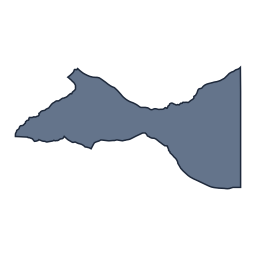 Dadaab, North-Eastern, Kenya (Albers equal-area conic projection)
{"feature_id": "3690345B19935861804031", "entity_name": "Dadaab", "entity_type": "district", "adm_level": 2, "iso_a3": "KEN", "parent_name": "Kenya", "parent_adm1": "North-Eastern", "projection": "albers", "projection_center": [40.106, 0.062], "detail": "fine", "context": "isolated", "style": "filled", "palette": "slate", "viewbox_px": 256, "rotation_deg": 0, "n_neighbors": 0, "source": "geoboundaries", "source_scale": "gbopen_adm2", "svg_char_len": 5736}
<svg xmlns="http://www.w3.org/2000/svg" viewBox="0 0 256 256"><path d="M91.1,148.8L93.4,144.4L94.3,142.9L94.7,142.6L96.4,141.8L98.3,141.2L99.4,140.8L100.5,140.1L100.8,140.0L101.2,140.0L102.6,140.1L107.5,140.7L108.6,140.8L109.3,140.8L112.9,140.5L114.5,140.5L116.4,140.0L116.9,139.9L121.0,140.6L122.5,140.8L124.6,140.3L125.8,140.1L126.3,139.9L128.3,139.6L129.5,139.3L130.3,139.0L132.5,137.9L136.0,136.1L142.6,133.0L143.0,133.0L143.4,133.0L144.5,133.0L145.0,133.0L145.4,133.1L146.1,133.8L146.5,134.3L147.2,135.4L147.3,135.8L147.5,136.0L147.9,136.1L148.3,136.4L148.7,136.6L149.1,136.6L149.3,136.8L149.6,137.1L149.9,137.3L151.0,137.8L151.9,138.1L154.3,138.3L154.8,138.5L155.2,138.7L156.0,139.1L157.7,140.4L159.1,141.6L160.9,142.9L162.3,144.0L164.9,145.8L166.0,145.7L166.5,145.9L166.9,145.9L167.4,146.1L167.5,146.9L167.7,147.2L167.9,147.7L168.6,149.4L168.6,150.3L168.8,150.6L169.9,151.8L170.0,152.7L172.7,155.3L173.1,155.8L173.3,156.1L173.9,156.8L174.2,157.1L174.6,157.5L175.0,157.8L175.2,158.0L176.0,158.9L176.6,159.8L177.1,160.7L177.6,161.8L177.7,162.4L177.9,163.4L178.5,164.4L179.5,166.1L180.7,168.2L181.0,168.7L181.7,169.2L181.9,169.6L183.5,171.3L188.0,175.4L190.2,177.0L193.7,178.9L201.9,182.7L207.8,185.5L209.6,186.3L211.5,187.0L213.8,187.5L214.5,187.6L218.8,188.1L224.4,188.4L225.8,188.6L227.7,188.7L228.5,188.6L229.4,188.5L232.9,187.4L240.6,187.4L240.6,91.6L240.4,67.3L239.6,68.1L238.5,68.9L238.0,69.1L236.2,69.7L235.7,69.9L234.5,70.7L234.0,71.1L233.4,71.5L231.8,72.0L231.4,72.2L229.5,73.3L229.1,73.6L227.5,75.3L224.4,78.3L220.2,80.6L219.5,80.8L218.4,81.2L217.7,81.4L217.1,81.6L214.2,82.1L212.5,82.6L208.2,83.7L207.2,84.0L206.6,84.2L204.8,85.1L203.9,85.8L203.1,86.5L201.8,88.1L201.5,88.3L200.9,88.4L199.9,88.6L199.5,88.7L199.1,88.8L198.8,89.0L198.4,89.4L198.1,89.8L197.6,91.0L197.3,92.0L196.9,93.1L195.6,95.3L195.3,95.6L194.5,96.0L194.3,96.1L193.9,96.4L193.8,96.8L193.9,97.8L193.8,98.2L193.6,98.5L192.7,99.3L191.1,100.3L190.0,101.1L188.6,102.3L188.2,102.5L187.8,102.5L187.2,102.3L186.5,102.3L185.6,102.3L184.2,102.4L183.4,102.3L182.9,102.3L182.5,102.7L182.2,103.2L181.9,103.3L181.7,103.4L181.3,103.3L180.9,103.2L180.5,103.4L180.2,103.7L179.6,104.4L179.3,104.8L179.0,104.9L177.7,104.5L177.1,104.8L176.7,104.9L176.1,104.9L175.7,104.8L175.3,104.6L174.7,104.2L174.2,104.1L173.6,103.9L173.3,103.6L172.4,103.2L172.0,103.1L171.5,103.1L171.0,103.2L170.5,103.4L169.8,103.8L169.6,104.1L169.5,104.4L169.4,104.8L169.2,105.1L169.0,105.4L168.3,105.8L168.1,106.0L167.6,107.3L167.4,107.8L167.2,108.1L167.0,108.3L166.7,108.3L166.4,108.2L165.9,107.7L165.5,107.6L165.1,107.7L164.9,107.9L163.7,108.9L163.3,109.1L162.4,109.3L160.2,109.3L159.7,109.4L158.9,109.4L158.3,109.4L156.1,108.8L155.0,108.7L153.9,108.9L153.1,109.3L152.2,109.6L151.8,109.7L151.3,109.7L150.9,109.6L150.4,109.5L149.3,108.8L148.8,108.4L148.3,108.1L147.6,107.8L145.8,107.5L145.1,107.4L143.6,107.4L141.0,107.4L140.6,107.3L140.1,107.1L139.3,106.6L137.3,105.1L135.8,104.2L133.0,102.8L131.3,102.2L129.8,101.6L128.1,100.7L126.2,99.5L125.3,98.8L123.5,97.3L122.4,96.2L120.9,94.4L120.1,93.5L117.9,91.0L116.7,89.8L115.0,88.2L114.4,87.7L113.8,87.4L112.2,86.8L110.2,85.7L107.9,84.1L105.4,82.1L101.5,79.3L99.3,77.9L98.6,77.7L97.8,77.5L97.1,77.4L94.5,77.3L93.1,77.2L92.6,77.1L91.4,76.8L89.8,76.4L87.4,75.4L86.2,74.8L84.8,74.1L83.4,73.3L82.1,72.4L79.7,70.5L77.6,68.5L77.3,68.8L77.1,69.5L76.8,69.6L76.5,69.7L76.1,69.7L75.2,69.5L74.9,69.4L74.6,69.6L74.3,69.8L74.2,70.2L73.9,71.0L73.7,71.6L72.9,72.7L72.5,73.1L70.3,75.2L67.8,77.2L69.6,78.6L70.2,79.3L71.2,80.0L72.5,81.5L73.6,82.3L74.2,83.1L74.7,83.9L75.2,84.7L75.5,85.6L75.5,87.0L75.5,89.1L74.7,90.2L72.4,92.2L72.2,92.6L71.7,93.8L71.3,93.8L71.0,93.6L70.5,93.6L70.2,93.8L69.7,94.3L68.4,95.3L67.5,96.3L66.3,97.1L65.3,97.5L64.9,97.6L64.2,98.0L63.7,98.1L62.9,98.2L62.4,98.3L62.1,98.5L58.8,100.8L58.5,100.9L58.1,100.9L56.7,100.9L56.3,101.0L55.8,101.2L55.1,101.7L54.2,102.4L53.8,102.6L53.4,102.8L52.9,103.1L52.5,103.4L52.1,103.8L51.6,104.2L48.8,107.9L48.4,108.2L47.4,108.5L46.4,109.1L45.8,109.4L45.4,109.8L44.8,110.3L43.9,110.5L42.8,110.7L42.1,110.9L41.4,111.2L40.7,111.7L40.4,112.1L40.0,112.7L39.7,112.9L39.1,113.2L38.9,113.4L38.9,113.7L39.2,114.8L39.0,115.1L38.6,115.4L38.4,115.8L38.2,116.0L37.8,116.2L37.2,116.2L36.9,116.4L35.5,117.0L35.1,117.0L34.4,116.9L33.5,116.9L33.2,117.0L32.6,117.4L31.9,117.5L31.3,117.5L30.1,117.5L29.4,117.5L29.3,117.8L29.0,118.2L28.9,118.5L28.8,119.7L28.6,120.0L28.3,120.2L27.4,120.3L27.1,120.4L26.8,120.6L26.3,121.2L26.0,121.4L25.6,121.7L25.5,122.1L25.3,123.2L24.6,123.7L24.2,124.3L23.5,124.9L23.2,125.2L22.5,125.5L22.0,125.6L21.0,125.7L20.6,125.8L20.2,126.1L19.8,126.6L19.5,127.1L19.2,128.1L19.0,128.6L18.6,129.1L17.0,130.2L16.7,130.6L16.6,130.9L16.4,131.9L16.1,132.5L15.8,132.9L15.6,133.3L15.5,133.7L15.4,134.9L15.4,136.5L18.2,136.6L27.4,137.1L27.6,137.1L27.9,137.5L28.9,137.7L29.5,137.7L32.4,138.8L34.4,141.3L34.9,141.3L35.4,141.2L35.8,141.2L37.1,140.9L37.3,140.7L37.8,140.6L38.1,140.5L38.4,140.1L38.5,140.0L38.9,140.0L39.0,139.7L39.6,140.0L40.5,140.3L41.9,140.9L42.6,141.1L43.8,141.3L44.9,141.3L46.2,141.9L46.9,142.0L51.4,141.2L52.5,141.0L52.9,140.9L53.3,140.7L53.8,140.3L54.1,140.4L54.7,140.7L55.2,140.8L56.3,140.6L57.3,140.6L57.8,140.5L58.1,140.4L58.5,140.2L60.0,139.2L60.3,139.0L61.3,138.8L61.8,138.8L62.2,138.7L62.8,138.4L63.0,138.2L63.6,137.5L64.2,136.4L64.7,136.9L65.6,137.6L66.2,138.2L66.6,138.6L67.2,139.1L68.2,139.9L68.9,140.3L69.4,140.6L71.0,141.5L71.4,141.8L71.6,141.9L72.5,142.3L72.9,142.4L73.8,142.3L74.3,142.2L75.0,142.0L75.4,142.1L75.7,142.2L76.2,142.5L76.8,142.8L77.9,143.3L78.8,143.6L79.8,143.8L80.4,144.0L81.1,144.2L81.7,144.4L82.5,144.9L83.7,145.6L84.1,146.0L84.6,146.6L84.9,146.8L85.9,147.1L86.9,147.1L87.5,147.4L88.9,147.7L89.9,148.1L91.1,148.8Z" fill="#64748b" stroke="#1e293b" stroke-width="1.5"/></svg>